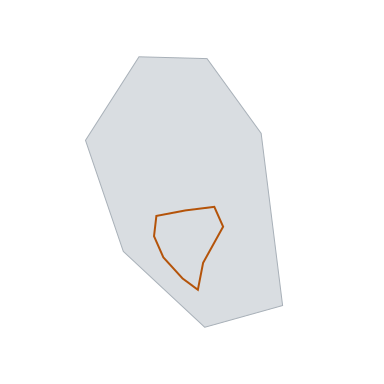 Buada on a map of Nauru (Equal Earth projection), rotated 330°
{"feature_id": "NRU-4970", "entity_name": "Buada", "entity_type": "state/province", "adm_level": 1, "iso_a3": "NRU", "parent_name": "Nauru", "parent_adm1": "", "projection": "equal_earth", "projection_center": [166.925, -0.53], "detail": "fine", "context": "in_parent", "style": "outline", "palette": "amber", "viewbox_px": 384, "rotation_deg": 330, "n_neighbors": 0, "source": "natural_earth", "source_scale": "10m", "svg_char_len": 441}
<svg xmlns="http://www.w3.org/2000/svg" viewBox="0 0 384 384"><g transform="rotate(330 192 192)"><path d="M281.2,175.8L213.7,335.6L135.4,315.5L102.8,209.1L125.6,94.0L213.7,48.4L271.7,84.0L281.2,175.8Z" fill="#d9dde1" stroke="#a8b0b8" stroke-width="1"/><path d="M203.9,216.0L201.6,237.6L166.2,258.9L148.2,279.6L140.6,262.2L134.5,234.3L137.0,211.3L149.2,194.9L177.2,204.7L203.9,216.0Z" fill="none" stroke="#b45309" stroke-width="2"/></g></svg>